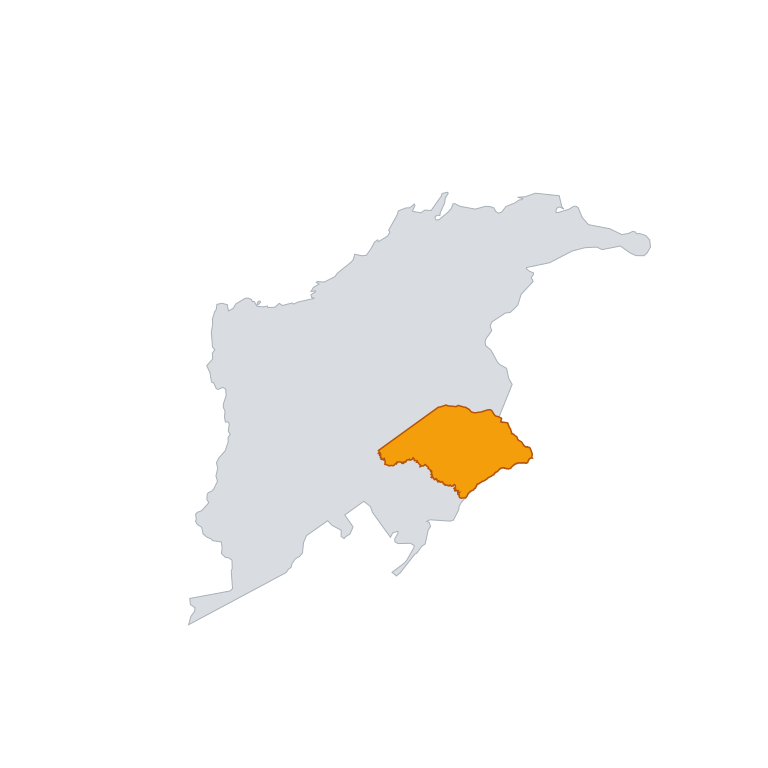 Colombia, with Vichada highlighted, rotated 54°
{"feature_id": "COL-1427", "entity_name": "Vichada", "entity_type": "Commissiary", "adm_level": 1, "iso_a3": "COL", "parent_name": "Colombia", "parent_adm1": "", "projection": "equal_earth", "projection_center": [-69.078, 4.548], "detail": "fine", "context": "in_parent", "style": "filled", "palette": "amber", "viewbox_px": 768, "rotation_deg": 54, "n_neighbors": 0, "source": "natural_earth", "source_scale": "10m", "svg_char_len": 9727}
<svg xmlns="http://www.w3.org/2000/svg" viewBox="0 0 768 768"><g transform="rotate(54 384 384)"><path d="M428.2,104.7L422.5,107.9L411.3,111.7L403.5,128.5L398.3,131.4L391.8,141.4L387.0,153.7L383.2,178.8L373.6,200.1L374.3,201.0L378.2,200.1L381.8,197.8L383.1,198.5L384.4,202.2L388.7,203.1L392.1,220.4L398.7,229.2L399.4,232.6L400.3,239.8L397.9,244.1L397.2,260.0L399.2,263.9L404.2,265.5L407.5,275.3L409.5,277.6L412.6,279.1L419.8,277.6L432.9,279.3L436.0,279.0L443.4,275.6L452.7,279.8L459.6,280.5L478.3,310.3L480.2,309.4L482.6,311.2L487.3,308.1L491.4,307.6L496.8,309.1L503.8,309.1L518.0,306.0L520.2,304.3L527.9,306.0L530.2,308.3L531.4,313.8L530.5,317.3L527.8,320.7L526.3,325.2L526.0,330.6L524.6,334.6L522.1,337.2L521.1,341.0L521.7,345.9L520.3,368.5L521.4,370.3L522.3,379.6L525.5,391.6L527.1,395.0L529.9,397.8L534.9,407.8L533.8,411.1L520.9,426.6L520.2,430.2L522.7,428.7L526.7,430.2L528.0,433.9L537.6,444.7L537.5,448.9L540.2,457.0L539.7,458.8L546.3,481.9L546.6,486.8L541.1,488.2L540.8,472.6L540.1,469.5L533.8,455.7L532.5,454.6L528.4,456.2L521.4,466.4L518.2,467.9L515.6,466.4L513.0,460.4L511.3,459.3L509.6,464.4L511.8,468.9L481.2,468.8L475.2,467.0L467.0,469.3L466.9,492.7L481.4,493.0L485.4,499.7L485.0,505.2L485.6,507.1L482.2,508.3L477.1,504.6L468.1,509.0L461.5,510.0L461.1,535.9L465.0,542.3L472.8,549.3L473.9,554.0L473.3,558.4L475.2,564.0L477.7,566.9L477.7,570.3L479.0,574.0L463.9,683.6L458.5,676.9L456.6,670.9L453.9,668.4L448.8,670.3L443.3,667.2L461.0,630.1L460.4,626.7L445.6,617.6L444.1,615.3L437.1,610.5L433.2,611.9L431.0,614.3L425.6,615.1L421.2,611.1L416.1,608.5L409.9,614.8L408.0,614.7L403.6,617.4L398.9,618.5L392.7,615.7L387.8,617.6L384.3,617.2L383.0,615.3L378.6,613.0L378.1,610.5L379.3,605.9L377.4,596.9L376.7,595.4L373.3,595.2L369.4,591.9L368.6,590.0L369.4,586.3L368.7,583.2L364.9,575.9L359.6,574.0L354.4,568.0L349.3,565.9L346.9,561.6L344.7,551.8L339.4,544.2L335.7,541.7L334.4,538.1L330.6,537.7L325.4,532.7L323.1,532.4L321.5,534.7L316.7,532.3L312.6,528.6L308.3,527.7L305.6,525.5L300.5,518.4L295.1,515.1L292.0,516.3L290.9,521.5L289.1,522.4L282.8,521.1L281.8,522.2L280.2,522.0L272.5,518.1L265.0,516.7L263.1,507.9L258.2,504.8L256.8,500.7L253.4,501.1L240.5,493.2L235.2,487.7L230.6,484.6L225.9,478.4L225.1,475.9L221.4,472.4L223.3,467.7L227.7,464.2L233.4,466.9L234.2,461.5L232.1,456.8L233.1,445.9L234.6,443.5L237.8,441.4L239.8,442.2L241.0,440.4L245.7,441.2L247.2,440.4L250.8,436.1L252.3,432.6L253.9,433.0L257.8,427.1L257.2,421.3L260.8,420.0L264.6,410.4L266.2,410.2L267.1,405.6L273.8,389.8L271.4,391.7L268.8,390.6L269.2,385.2L268.4,384.6L266.3,388.7L264.4,384.5L264.9,377.8L261.9,379.1L262.1,377.5L266.4,372.4L268.3,360.7L266.9,356.5L266.1,339.1L265.3,335.7L261.8,331.4L267.4,326.4L269.5,322.6L266.9,314.9L263.7,308.4L263.6,304.5L265.6,304.9L266.4,294.0L264.6,289.9L262.3,289.8L254.9,273.9L252.4,270.6L254.4,262.9L256.6,259.5L256.2,253.7L257.7,254.0L260.8,259.3L262.1,258.5L267.2,253.5L267.3,248.8L271.3,243.9L265.8,227.6L264.0,225.0L266.3,219.8L267.6,220.1L269.7,225.2L273.2,228.5L278.3,237.6L280.5,239.7L278.9,241.7L278.6,243.9L279.3,245.1L282.2,245.4L283.4,242.8L282.7,231.8L281.5,226.2L278.8,222.3L279.7,220.7L285.0,218.0L296.1,207.4L299.9,197.5L302.8,193.9L306.1,191.6L310.1,192.2L313.2,190.9L314.1,187.8L312.1,180.9L314.5,171.5L314.5,166.7L316.0,163.9L315.5,162.8L311.5,166.1L315.6,159.5L318.6,149.4L334.7,131.6L345.0,135.9L348.3,135.6L344.0,137.8L343.3,140.4L344.8,143.1L346.4,143.9L347.7,142.2L351.3,131.7L351.8,126.0L353.3,124.0L355.6,123.3L365.7,125.8L375.3,124.9L391.1,110.1L402.9,103.8L405.9,97.7L406.7,93.1L408.8,91.3L411.1,91.3L412.4,88.8L417.9,84.9L423.7,84.4L429.8,87.9L432.6,94.0L433.1,98.2L428.2,104.7ZM245.9,439.3L245.2,440.1L243.8,438.6L243.3,436.8L244.2,435.5L245.3,435.9L245.9,439.3Z" fill="#d9dde1" stroke="#a8b0b8" stroke-width="1"/><path d="M531.1,307.6L530.4,308.3L530.1,308.7L530.0,309.2L530.0,310.6L531.0,312.7L531.7,313.4L531.9,314.1L531.9,314.9L531.8,315.5L531.5,315.9L530.5,316.4L530.2,316.8L528.9,318.6L528.7,319.2L527.1,321.2L526.4,322.5L526.0,323.9L525.8,325.5L525.8,327.1L526.1,329.2L526.1,329.9L526.7,330.8L526.7,331.2L526.2,332.0L525.9,333.3L525.7,333.5L525.4,333.6L525.1,333.9L524.6,334.6L524.4,334.8L523.6,335.2L523.1,336.0L522.9,336.0L522.6,335.9L522.5,336.0L521.5,337.1L520.9,338.5L520.6,340.0L520.9,341.4L521.1,342.0L521.3,342.5L521.4,343.1L521.4,344.0L521.4,344.3L521.1,345.2L521.1,345.6L521.1,346.4L521.2,347.1L521.4,347.4L521.9,348.2L522.0,348.4L521.9,348.8L521.7,349.2L521.6,349.4L521.7,351.0L521.6,351.7L521.3,353.1L521.1,354.5L521.1,355.3L521.1,355.6L521.4,356.5L521.4,356.9L521.3,357.3L521.4,357.7L521.2,358.4L521.2,359.9L521.0,360.5L520.7,361.1L520.6,361.9L520.5,363.9L520.3,364.8L520.4,366.0L520.3,366.3L520.2,366.6L520.0,366.8L519.8,367.0L519.8,367.5L519.9,367.9L520.1,368.3L520.3,368.6L520.5,368.8L520.5,368.5L521.0,369.0L521.2,369.5L521.4,370.8L521.5,370.9L521.9,371.1L522.0,371.3L522.0,371.6L521.8,372.1L521.8,372.4L521.9,372.8L522.3,373.6L522.3,374.1L522.3,374.5L521.8,375.7L521.7,377.0L521.8,378.2L522.0,379.4L522.2,380.5L522.4,381.2L522.9,381.7L523.4,382.4L523.6,383.6L523.9,384.0L524.1,384.7L524.0,385.3L523.5,385.6L523.2,385.9L521.9,388.4L520.8,389.4L519.7,389.5L518.8,389.0L517.8,388.2L517.1,388.8L516.8,389.1L516.5,389.0L516.3,388.6L516.2,387.3L516.1,386.8L515.5,388.1L515.2,388.3L514.6,387.8L514.3,386.9L514.0,386.5L513.6,386.7L513.4,387.1L513.1,388.0L512.9,388.4L512.3,389.3L511.9,389.6L511.6,389.5L511.4,389.2L511.5,388.9L511.6,388.5L511.7,388.1L511.4,387.7L510.8,388.0L509.7,388.8L509.5,388.2L509.5,387.4L509.3,386.6L508.7,386.3L507.5,386.0L507.0,386.0L506.6,386.3L506.6,386.9L506.9,387.5L507.1,387.9L506.8,388.3L506.6,388.9L506.5,389.5L506.3,389.7L505.1,389.7L504.6,389.9L504.4,390.3L504.5,390.8L504.7,391.3L504.2,391.4L503.9,391.7L503.8,392.1L503.0,392.3L502.5,392.8L502.2,393.3L502.0,393.9L501.9,394.1L501.6,393.9L501.3,393.7L501.0,393.6L500.7,393.9L500.4,394.2L500.1,394.5L499.3,394.6L498.8,394.4L498.4,394.1L498.0,394.0L497.5,394.7L496.7,394.9L496.7,395.8L496.6,396.2L496.2,396.4L495.1,396.2L494.8,396.5L494.9,397.2L495.0,397.9L494.3,397.9L494.0,397.4L493.8,397.2L493.5,397.3L492.6,397.9L492.2,397.9L491.9,397.5L491.9,397.4L491.5,397.2L491.4,397.3L491.2,397.4L491.0,397.9L491.1,399.4L490.7,399.6L489.0,399.3L488.6,399.1L488.3,399.5L488.0,400.3L487.7,400.6L487.3,400.8L487.1,400.6L487.0,400.3L486.8,400.1L486.9,399.1L486.7,399.1L486.2,398.6L486.0,398.4L485.7,398.6L485.0,399.2L484.8,399.2L484.8,398.7L484.7,398.4L484.6,398.2L484.1,398.0L483.8,397.5L483.6,397.5L483.3,397.5L483.0,397.5L482.8,397.2L482.6,396.7L482.2,396.5L481.9,396.6L481.7,397.0L481.7,397.5L481.0,397.1L480.5,397.1L479.4,397.5L478.9,397.7L478.4,397.8L478.2,398.0L478.0,397.9L477.7,397.5L477.5,397.1L477.0,397.0L476.5,397.2L475.7,397.6L475.1,397.8L474.5,397.8L474.1,397.7L473.6,397.8L473.3,398.0L473.3,398.4L473.4,398.7L473.5,399.0L473.4,400.4L472.9,401.0L472.6,401.0L472.4,401.3L472.3,403.2L472.1,403.6L471.8,403.4L471.4,402.8L470.8,402.3L470.4,402.3L469.9,402.5L469.3,402.6L467.4,402.5L467.0,402.6L466.7,403.3L466.5,403.6L466.2,402.9L466.0,402.5L465.8,402.3L465.3,402.4L465.0,402.7L464.7,403.1L464.0,404.5L463.4,404.4L463.1,404.2L463.0,403.9L462.7,403.7L462.0,403.6L461.3,403.6L460.8,403.8L460.9,404.2L461.5,405.3L461.4,405.9L461.1,407.4L460.9,407.8L459.8,407.7L459.8,408.6L459.6,408.8L459.5,409.3L459.3,409.7L458.9,410.2L459.0,410.7L459.2,411.2L459.6,411.5L459.8,412.0L459.9,412.3L459.8,412.5L459.4,412.5L459.2,412.8L459.1,413.4L459.6,414.4L459.6,414.9L459.5,415.4L459.3,415.6L459.1,415.5L458.9,414.8L458.8,414.6L458.7,414.5L458.6,415.2L458.7,415.6L458.6,416.0L458.3,416.2L458.0,416.1L457.7,415.7L457.4,415.8L457.3,416.1L456.7,416.6L456.3,417.0L455.7,418.0L455.3,419.0L454.8,419.5L454.7,419.7L454.8,419.9L455.4,420.1L455.7,420.2L455.9,420.5L456.0,420.8L455.9,421.1L455.6,421.3L455.3,421.5L455.2,421.7L455.2,422.0L455.5,422.6L455.6,423.3L455.6,424.2L455.4,424.8L454.1,426.0L453.8,426.4L453.7,427.3L453.4,427.8L452.7,428.3L450.5,429.5L449.6,430.5L447.1,428.4L446.7,428.3L446.1,428.3L445.8,428.7L445.6,428.8L444.9,427.7L444.7,427.4L444.4,427.4L444.3,427.7L444.3,428.0L444.5,428.4L444.6,428.7L444.6,429.1L444.4,429.4L443.3,430.6L443.2,430.5L443.1,429.8L443.0,429.4L442.8,429.4L442.5,429.5L442.1,429.8L441.7,430.1L441.3,430.2L441.0,430.1L440.7,429.3L440.3,428.9L439.9,428.9L439.2,429.4L439.1,429.2L439.2,428.8L439.1,428.3L438.8,427.9L438.6,427.9L438.4,428.2L438.4,428.7L438.3,428.9L438.0,428.7L437.7,428.0L437.2,427.6L436.9,428.0L437.0,428.6L437.1,429.1L436.9,429.4L436.8,429.5L436.6,429.3L436.6,429.0L436.7,428.2L436.1,427.8L435.6,427.7L435.1,427.3L434.5,427.5L434.7,353.6L435.0,353.2L435.6,352.2L437.4,346.5L437.8,345.8L438.8,345.5L439.3,345.1L444.0,339.7L444.4,339.4L444.7,339.1L444.8,337.4L444.9,336.7L445.3,336.2L446.5,335.5L447.0,335.1L447.5,334.5L449.3,333.3L451.0,331.5L451.6,331.3L452.2,331.2L453.9,330.3L454.8,330.0L457.0,329.9L458.1,329.6L458.8,329.1L459.7,328.4L460.6,327.5L461.2,326.6L462.1,324.8L462.3,324.2L463.4,322.7L463.8,321.6L465.7,315.8L466.3,314.6L467.1,313.4L467.9,312.8L468.8,312.5L474.5,312.8L475.5,312.5L478.2,310.3L478.9,310.1L480.2,309.3L480.9,309.1L481.4,309.5L482.6,311.2L483.2,311.8L484.7,310.7L486.3,308.6L486.8,308.2L487.6,307.2L488.1,306.9L488.7,306.9L489.3,307.0L490.3,307.6L490.8,307.5L491.4,307.7L492.0,308.0L492.6,308.1L494.3,308.0L494.8,308.1L496.6,308.8L497.2,308.9L497.7,309.1L498.8,309.8L499.5,309.9L499.8,309.6L500.5,308.8L500.8,308.6L502.5,308.5L504.4,307.7L505.0,307.6L505.6,307.7L507.3,308.4L508.3,308.4L511.3,306.9L512.5,306.7L515.9,307.1L517.0,306.9L517.9,306.5L518.4,306.3L518.6,306.0L518.8,305.7L518.8,305.3L519.0,304.8L519.3,304.7L519.6,304.7L519.9,304.7L520.2,304.4L520.7,303.7L521.0,303.5L521.3,303.5L521.7,303.6L523.6,303.9L527.8,305.2L528.6,305.8L529.3,306.7L530.0,307.5L531.1,307.6Z" fill="#f59e0b" stroke="#b45309" stroke-width="1.5"/></g></svg>